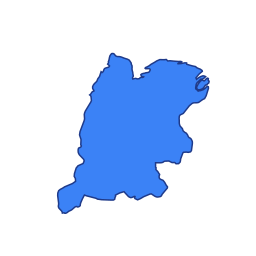 the Department of Nariño, rotated 70°
{"feature_id": "COL-1406", "entity_name": "Nariño", "entity_type": "Department", "adm_level": 1, "iso_a3": "COL", "parent_name": "Colombia", "parent_adm1": "", "projection": "robinson", "projection_center": [-77.896, 1.511], "detail": "fine", "context": "isolated", "style": "filled", "palette": "blue", "viewbox_px": 256, "rotation_deg": 70, "n_neighbors": 0, "source": "natural_earth", "source_scale": "10m", "svg_char_len": 4743}
<svg xmlns="http://www.w3.org/2000/svg" viewBox="0 0 256 256"><g transform="rotate(70 128 128)"><path d="M78.9,147.7L77.2,147.2L75.9,146.0L74.8,144.4L74.1,142.7L73.4,141.3L71.4,139.5L69.9,137.2L65.9,134.0L67.0,133.4L66.5,132.0L65.6,131.2L64.7,130.5L64.1,129.6L64.0,128.4L64.1,126.9L64.2,125.4L63.6,124.3L63.2,124.1L62.3,124.6L61.0,125.3L60.4,124.5L59.7,123.8L58.8,123.7L58.1,123.0L56.6,122.0L56.0,121.7L54.1,120.4L53.1,119.1L52.5,118.0L52.8,116.7L53.4,115.9L54.5,115.4L55.8,115.1L57.1,113.8L58.1,111.4L59.1,109.9L60.9,107.9L62.3,106.1L63.2,104.9L64.7,103.6L67.9,102.8L69.5,103.1L70.7,102.9L72.2,103.3L73.5,103.9L75.0,104.3L77.3,104.5L78.8,104.9L80.9,105.2L81.2,105.4L81.7,106.0L82.4,106.6L83.1,106.8L83.7,106.7L83.7,105.6L83.8,105.0L84.0,103.7L85.0,102.6L85.5,100.6L84.9,99.3L85.0,98.1L85.1,97.9L85.3,97.5L85.5,97.0L85.5,96.3L85.3,95.8L85.0,96.1L84.6,97.1L83.7,97.7L82.3,97.7L81.9,96.7L81.9,95.2L82.2,93.6L82.2,92.4L82.6,90.5L82.7,89.6L82.5,88.9L81.9,88.1L81.2,87.4L80.5,87.1L79.7,87.6L79.2,88.6L78.4,91.1L77.7,91.5L77.2,90.9L77.1,89.3L76.8,87.1L76.0,84.5L75.4,80.8L74.8,78.1L74.6,74.7L75.4,72.7L76.2,70.6L76.7,68.6L78.6,67.7L79.2,65.5L81.2,61.3L82.7,57.9L83.5,55.6L84.6,54.3L84.1,55.6L84.1,57.0L84.3,58.3L84.6,59.6L85.6,56.1L86.2,52.3L86.9,50.7L88.2,51.0L90.0,48.6L91.7,46.2L93.4,43.5L94.8,42.8L96.1,41.5L97.5,39.9L99.3,38.7L100.2,38.8L100.8,40.6L101.6,42.7L102.7,44.7L104.1,47.0L105.7,47.0L104.9,44.4L104.5,42.1L104.6,39.7L105.2,38.6L106.2,37.5L107.0,38.9L107.5,41.3L107.0,43.0L107.7,44.3L108.4,46.0L108.9,47.4L109.9,48.6L110.5,49.1L113.0,50.5L114.1,50.9L114.8,50.8L115.9,50.0L117.3,49.5L117.4,49.1L117.4,48.5L117.4,48.0L117.3,47.8L117.6,47.4L117.7,47.1L117.7,44.2L117.4,43.1L117.1,41.8L116.4,40.5L116.0,39.2L116.7,38.4L118.2,38.8L124.4,43.5L126.6,46.0L126.7,47.5L127.1,49.3L127.9,52.1L128.1,52.9L128.0,53.8L127.8,54.7L126.9,57.4L126.8,58.1L126.8,58.9L126.9,59.6L128.1,62.8L133.1,70.9L133.3,71.7L133.5,74.3L133.8,74.9L134.4,75.7L136.5,76.7L138.6,77.3L141.1,78.2L142.7,78.4L143.9,78.4L147.2,77.1L149.4,77.2L151.4,76.2L152.5,75.2L153.0,74.9L154.9,74.4L156.8,74.3L158.1,73.8L158.3,73.5L158.9,72.9L159.3,72.7L159.7,72.5L160.9,72.3L161.7,72.2L162.7,72.2L163.5,72.4L164.8,72.9L170.9,76.1L171.8,77.4L171.5,79.7L170.5,81.6L170.2,82.8L170.0,83.4L169.8,84.1L170.0,84.7L170.7,85.4L174.8,88.9L175.8,89.5L176.5,89.8L177.8,90.6L178.8,92.6L178.1,94.9L177.8,95.3L177.5,95.4L176.7,95.7L176.3,96.1L176.1,96.7L176.0,97.2L175.5,98.5L173.0,100.9L172.0,104.0L171.8,104.7L171.8,105.8L172.2,107.0L172.1,108.1L171.8,109.3L170.1,114.0L174.3,115.5L174.9,115.2L175.1,115.2L175.7,115.6L176.4,116.0L176.5,116.0L179.9,114.7L181.1,114.6L182.2,114.2L182.6,114.2L182.9,114.4L183.2,114.8L183.8,115.2L185.0,115.6L185.8,115.7L186.5,115.5L187.0,115.2L187.8,114.5L188.2,114.0L189.1,113.0L189.6,112.8L191.7,112.1L194.6,111.7L196.8,111.0L197.4,111.3L197.9,111.6L200.1,115.4L202.1,118.8L202.8,119.4L203.1,119.8L203.4,120.4L203.5,121.1L203.4,121.8L203.1,123.4L202.8,124.3L202.0,125.4L201.2,126.2L197.9,128.6L197.6,130.1L197.9,136.7L198.6,140.5L198.8,143.5L196.7,145.6L195.4,145.7L195.1,145.1L195.0,144.9L194.7,144.9L194.5,145.2L194.4,146.1L194.6,147.8L194.5,148.7L194.3,149.4L193.3,150.4L192.6,151.0L187.6,153.1L186.5,153.5L186.4,154.6L186.2,158.0L186.7,162.3L186.8,162.8L187.1,162.9L187.4,162.8L187.9,163.0L189.2,164.3L190.1,164.6L190.4,164.9L190.6,165.6L190.7,166.3L190.0,168.4L189.7,169.1L186.4,177.2L184.4,181.0L183.1,182.1L181.8,184.0L177.6,190.1L176.1,191.9L178.9,195.0L182.1,198.0L183.4,198.9L184.5,199.4L184.9,200.0L185.1,200.7L185.1,202.0L184.9,202.5L184.6,202.8L184.3,202.9L184.1,203.4L184.0,204.2L184.2,205.1L185.6,208.8L185.8,209.9L186.0,212.3L186.6,213.9L186.8,215.5L186.7,216.0L186.5,216.6L186.0,216.9L185.8,217.1L185.6,218.3L185.5,218.8L184.5,218.6L183.3,218.8L179.8,220.3L178.3,220.4L177.2,220.0L176.2,219.4L174.9,218.9L167.5,217.2L165.1,216.2L163.2,214.6L162.5,212.6L162.2,210.2L161.6,207.6L161.2,199.3L160.2,195.5L157.4,194.7L157.0,194.8L155.0,195.1L152.5,193.9L147.9,190.4L146.4,187.9L146.0,182.3L143.9,180.4L142.2,180.4L136.7,182.8L135.3,183.1L133.9,183.1L132.4,182.7L130.8,182.0L130.0,181.3L129.9,180.4L129.9,179.6L129.7,178.8L129.0,178.0L128.7,177.9L128.3,178.1L127.6,178.1L122.8,176.1L117.9,175.9L115.0,174.3L106.0,166.6L104.6,165.7L100.4,164.5L99.1,163.7L97.5,162.3L90.9,154.1L90.2,153.4L89.7,153.0L85.8,152.0L84.8,152.1L83.8,152.7L83.4,151.5L82.0,149.7L81.7,148.9L81.6,147.4L80.9,147.2L79.9,147.5L78.9,147.7ZM114.2,40.3L114.3,40.7L115.9,43.0L116.6,44.7L116.7,47.2L115.9,49.3L114.0,50.0L112.4,48.9L110.5,46.8L109.0,44.4L108.3,42.7L108.5,41.6L109.0,41.1L109.5,40.8L109.8,39.9L109.3,39.1L108.3,37.0L108.4,36.0L109.1,35.6L110.3,36.3L111.8,35.8L113.3,36.7L113.7,38.1L114.2,38.8L114.4,39.8L114.2,40.3Z" fill="#3b82f6" stroke="#1e3a8a" stroke-width="1.5"/></g></svg>